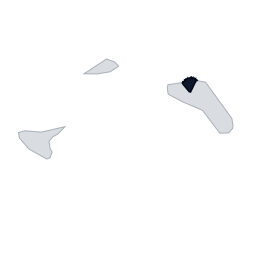 Hambou, Andjazîdja, Comoros shown in context, rotated 139°
{"feature_id": "10938185B8813398551192", "entity_name": "Hambou", "entity_type": "district", "adm_level": 2, "iso_a3": "COM", "parent_name": "Comoros", "parent_adm1": "Andjazîdja", "projection": "orthographic", "projection_center": [43.305, -11.814], "detail": "fine", "context": "in_parent", "style": "filled", "palette": "ink", "viewbox_px": 256, "rotation_deg": 139, "n_neighbors": 0, "source": "geoboundaries", "source_scale": "gbopen_adm2", "svg_char_len": 2161}
<svg xmlns="http://www.w3.org/2000/svg" viewBox="0 0 256 256"><g transform="rotate(139 128 128)"><path d="M72.0,132.6L69.4,134.4L57.0,126.5L49.9,124.6L39.4,111.7L43.4,67.1L46.8,61.4L49.3,59.1L55.1,58.2L62.1,63.8L60.2,92.5L69.6,111.8L75.5,127.1L72.0,132.6ZM209.8,158.0L216.6,177.3L216.5,191.8L213.6,196.4L207.5,193.4L196.2,181.8L174.8,170.4L184.7,169.5L190.4,170.7L196.5,169.7L200.4,163.4L201.1,159.6L206.5,156.6L209.8,158.0ZM116.0,189.2L125.6,197.8L99.0,194.2L94.8,186.5L94.6,180.8L104.5,182.1L116.0,189.2Z" fill="#d9dde1" stroke="#a8b0b8" stroke-width="1"/><path d="M58.0,115.5L57.9,115.4L57.9,115.2L57.6,115.1L57.4,115.0L57.3,114.9L57.2,114.8L57.1,114.7L57.1,114.4L57.3,114.2L57.2,114.1L48.1,118.0L46.6,118.5L46.2,118.9L44.5,118.6L44.5,118.9L44.5,119.0L44.6,119.3L44.7,119.5L44.8,119.5L44.9,119.8L44.8,120.0L44.8,120.3L44.9,120.5L45.0,120.7L44.9,120.7L45.0,120.7L44.9,120.8L45.0,120.8L45.0,121.0L45.2,121.4L45.3,121.4L45.3,121.5L45.2,121.5L45.3,121.5L45.3,121.8L45.5,121.9L45.6,122.0L45.7,122.3L45.7,122.5L45.8,122.6L45.7,122.6L45.8,122.7L45.9,122.8L46.0,122.9L46.0,123.0L46.2,123.3L46.3,123.3L46.2,123.4L46.3,123.4L46.3,123.5L46.5,123.5L46.7,123.8L46.8,123.9L46.8,124.0L46.9,123.9L46.9,124.0L47.0,124.0L47.3,124.1L47.3,124.3L47.5,124.3L47.5,124.5L47.6,124.4L47.6,124.5L47.7,124.8L47.8,124.8L47.7,124.9L47.8,124.9L48.0,124.9L48.0,125.0L48.3,125.1L48.5,125.2L48.6,125.3L48.8,125.4L49.0,125.4L49.0,125.5L49.3,125.6L49.5,125.7L49.5,125.8L49.9,125.9L49.9,126.0L50.0,126.0L50.3,126.1L50.5,126.2L50.5,126.3L50.6,126.2L50.6,126.3L50.8,126.3L50.9,126.5L50.9,126.4L50.9,126.5L51.0,126.5L51.3,126.4L51.4,126.5L51.4,126.4L51.5,126.4L51.7,126.5L51.8,126.5L52.0,126.5L52.3,126.6L52.5,126.7L52.8,126.8L52.9,126.7L53.0,126.8L53.1,126.7L53.1,126.8L53.1,126.7L53.2,126.8L53.2,126.7L53.3,126.7L53.5,126.6L53.9,126.7L54.0,126.7L54.3,126.7L54.5,126.7L54.8,126.6L55.0,126.5L55.3,126.5L55.5,126.5L55.6,126.4L55.7,126.5L55.8,126.5L55.7,126.4L55.8,126.4L56.0,126.3L56.5,126.2L56.8,126.2L56.8,126.3L56.9,126.2L56.9,126.3L57.0,126.2L57.0,126.3L57.1,126.2L57.3,126.2L57.8,125.8L57.7,125.3L57.8,124.6L57.8,124.4L58.0,115.5Z" fill="#0f172a" stroke="#020617" stroke-width="1.5"/></g></svg>